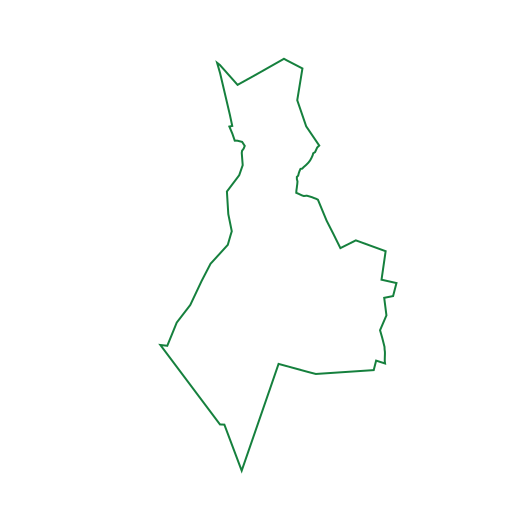 outline of Simplício Mendes, Piauí, Brazil, rotated 248°
{"feature_id": "56859067B86128304510320", "entity_name": "Simplício Mendes", "entity_type": "district", "adm_level": 2, "iso_a3": "BRA", "parent_name": "Brazil", "parent_adm1": "Piauí", "projection": "mercator", "projection_center": [-41.953, -7.778], "detail": "fine", "context": "isolated", "style": "outline", "palette": "green", "viewbox_px": 512, "rotation_deg": 248, "n_neighbors": 0, "source": "geoboundaries", "source_scale": "gbopen_adm2", "svg_char_len": 1496}
<svg xmlns="http://www.w3.org/2000/svg" viewBox="0 0 512 512"><g transform="rotate(248 256 256)"><path d="M412.5,369.3L425.9,357.8L428.4,355.8L428.1,353.9L427.1,346.2L426.7,343.2L424.3,325.0L421.6,303.0L444.6,294.8L446.6,294.1L449.7,292.3L439.0,291.2L396.9,284.7L385.5,282.7L386.0,279.8L378.1,279.9L370.9,279.5L369.9,281.9L367.0,285.9L362.3,286.8L360.2,284.8L358.8,282.5L356.9,281.4L345.2,277.7L337.2,270.7L335.8,268.4L326.7,253.2L316.0,249.6L305.2,246.0L288.0,242.8L285.3,240.6L276.9,234.0L267.1,213.6L265.9,211.0L253.2,196.2L235.2,176.7L224.0,157.6L213.9,147.8L206.0,140.1L209.3,134.0L113.3,159.5L111.5,163.5L62.3,162.3L71.7,170.5L125.3,217.2L127.1,218.8L130.0,221.3L146.0,235.2L147.5,236.5L129.0,260.8L124.2,267.3L106.1,322.4L114.0,328.2L108.0,335.4L110.3,336.0L112.7,337.0L115.2,338.1L117.0,338.9L118.8,339.6L121.4,340.3L123.6,341.1L129.3,341.9L133.0,342.4L140.7,343.2L152.1,354.7L169.2,359.2L167.5,368.1L178.3,376.1L187.0,363.5L211.9,378.0L233.1,354.4L231.7,337.2L247.5,336.0L262.3,334.7L285.0,334.5L286.6,333.1L288.1,331.4L289.5,330.0L291.2,327.9L292.9,325.7L293.7,322.8L295.0,321.3L296.5,319.9L297.8,318.7L299.5,317.0L301.6,318.0L304.0,319.4L305.5,320.2L307.2,321.2L309.6,322.4L312.0,322.7L314.0,323.5L314.7,325.2L316.8,326.7L318.7,328.4L320.1,329.9L319.7,331.6L320.5,333.3L321.6,336.5L322.9,339.5L324.3,341.9L326.1,344.1L328.2,346.3L329.8,347.5L330.2,349.7L331.9,351.5L333.7,353.4L334.7,356.0L357.4,351.1L385.0,352.6L412.5,369.3Z" fill="none" stroke="#15803d" stroke-width="2"/></g></svg>